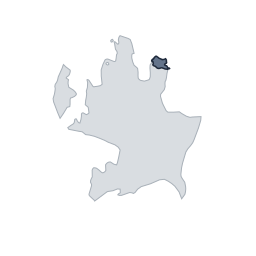 location of Balakan District, Balakən, Azerbaijan, rotated 56°
{"feature_id": "54616110B63924922129682", "entity_name": "Balakan District", "entity_type": "district", "adm_level": 2, "iso_a3": "AZE", "parent_name": "Azerbaijan", "parent_adm1": "Balakən", "projection": "natural_earth1", "projection_center": [46.439, 41.744], "detail": "fine", "context": "in_parent", "style": "filled", "palette": "slate", "viewbox_px": 256, "rotation_deg": 56, "n_neighbors": 0, "source": "geoboundaries", "source_scale": "gbopen_adm2", "svg_char_len": 4368}
<svg xmlns="http://www.w3.org/2000/svg" viewBox="0 0 256 256"><g transform="rotate(56 128 128)"><path d="M169.9,196.5L169.0,196.4L162.5,197.9L161.1,197.4L155.5,190.5L154.3,189.7L151.9,189.4L150.5,188.2L149.3,186.4L148.6,185.0L142.8,181.2L142.0,179.8L141.8,178.6L142.7,177.5L143.7,176.6L146.5,175.6L149.8,174.8L150.8,174.3L151.3,173.2L151.3,171.6L150.8,170.1L146.0,167.2L145.5,165.9L145.3,164.4L145.6,162.8L146.3,161.6L150.2,159.9L152.2,158.1L150.9,156.2L146.7,151.7L141.8,146.8L138.5,146.8L134.7,148.2L128.7,152.4L125.3,154.2L120.9,157.1L116.2,160.4L112.3,163.9L109.8,166.8L105.5,168.1L103.3,170.5L96.0,177.8L94.0,177.7L93.9,174.1L94.0,171.2L93.5,169.6L91.1,167.3L91.1,166.4L91.7,165.7L93.6,166.1L95.9,166.0L97.0,165.1L94.5,162.1L92.3,160.1L90.4,158.8L90.0,158.0L90.0,157.4L90.4,156.7L93.6,155.1L93.9,153.6L93.7,151.9L88.6,149.4L84.8,150.4L81.4,147.6L79.2,145.4L76.5,143.1L74.1,141.9L71.7,139.0L67.7,136.0L65.1,135.1L65.1,134.7L65.6,134.1L66.7,133.7L73.9,133.8L74.8,133.3L75.3,132.0L76.3,130.1L77.4,127.3L77.3,125.0L70.1,121.2L64.8,117.7L61.2,113.1L58.7,108.9L58.8,107.5L59.5,106.2L65.2,102.3L65.6,101.3L65.4,100.6L63.4,98.7L60.9,96.6L60.1,95.1L58.6,94.4L55.6,94.3L50.3,91.8L49.2,91.6L48.9,91.1L49.2,90.6L52.9,89.6L52.9,88.7L51.8,87.6L49.6,86.8L47.7,84.8L47.0,83.0L53.8,77.8L55.9,76.7L60.3,77.7L69.5,81.2L68.9,83.1L69.8,84.2L72.0,85.7L76.0,87.2L79.5,87.9L81.2,87.3L83.9,86.7L87.3,88.4L90.5,90.6L92.1,91.5L92.9,91.8L95.4,91.1L98.3,88.2L99.4,84.8L99.7,83.2L98.0,80.9L94.5,78.5L90.6,76.3L88.1,74.4L86.5,70.7L84.9,70.3L84.5,69.8L84.3,68.5L84.3,66.7L84.9,65.4L86.5,64.8L88.0,64.6L89.5,63.3L91.3,60.7L92.1,59.3L95.4,60.1L95.9,62.4L96.5,62.9L97.9,62.6L100.2,61.6L102.1,62.4L104.5,65.1L107.8,68.0L109.6,69.9L110.3,71.3L112.0,72.6L114.5,74.1L116.5,76.5L118.3,82.1L120.0,83.4L126.4,85.5L128.7,85.9L135.0,86.7L137.2,86.1L140.4,81.3L143.3,76.4L146.0,75.4L150.9,73.0L153.8,70.7L155.0,68.3L157.8,63.7L159.4,61.1L162.3,63.4L167.4,69.6L174.6,79.7L176.4,82.6L177.6,85.9L178.7,90.0L180.3,93.5L187.7,102.5L190.9,105.8L196.0,110.1L197.9,111.1L200.3,111.3L204.7,111.3L208.8,113.0L210.8,114.2L212.9,115.9L214.8,117.9L216.7,123.1L209.6,121.4L202.5,121.7L198.5,122.8L194.6,124.4L190.9,126.5L188.6,130.8L186.8,140.6L184.0,149.8L184.1,154.1L185.4,158.2L185.3,160.1L184.0,160.9L182.4,162.7L180.2,171.1L179.1,172.8L177.7,173.8L177.3,172.8L177.4,170.6L174.3,168.7L172.6,170.9L171.6,175.5L169.3,180.4L169.2,181.3L169.9,196.5ZM64.3,109.8L64.6,108.5L63.7,107.9L62.8,107.9L62.0,108.5L62.0,110.1L63.1,110.4L64.3,109.8ZM40.8,148.1L39.8,146.8L39.3,146.0L42.4,145.4L47.7,143.6L49.1,144.5L50.6,146.3L51.4,147.9L51.5,150.8L52.1,151.3L54.7,150.3L55.8,151.5L57.7,152.9L61.1,154.3L66.0,152.1L68.5,151.6L70.5,151.6L71.5,152.3L71.9,154.6L71.5,157.4L71.0,158.9L72.0,160.1L76.0,162.8L77.7,164.3L76.8,166.9L79.8,173.3L80.8,175.8L82.0,178.9L75.9,177.7L64.8,175.1L61.8,173.7L58.9,170.2L57.2,168.5L54.7,166.3L52.6,165.4L51.1,163.9L50.2,161.6L48.9,159.6L46.6,157.2L41.5,149.0L40.8,148.1ZM47.7,93.5L47.0,93.9L45.9,93.5L45.6,92.5L45.7,91.4L46.8,91.2L47.6,91.5L47.8,92.4L47.7,93.5Z" fill="#d9dde1" stroke="#a8b0b8" stroke-width="1"/><path d="M102.0,60.5L102.0,60.3L101.4,60.3L101.2,60.5L100.7,61.1L100.2,61.4L99.7,61.3L99.2,61.2L98.8,61.1L97.9,61.3L97.6,61.6L97.3,61.8L96.7,62.2L96.2,62.3L95.9,62.2L95.7,61.9L95.5,61.3L95.5,60.8L95.6,60.3L95.7,59.9L95.5,59.5L95.0,59.2L94.9,59.1L94.5,59.0L94.2,59.0L93.8,58.8L93.7,58.6L93.5,58.4L93.2,58.2L92.9,58.2L92.5,58.1L91.8,58.1L91.5,58.2L91.5,58.5L91.5,58.9L91.4,59.3L91.3,59.7L91.2,59.9L91.0,60.4L90.7,60.9L90.6,61.1L90.4,61.5L89.8,61.6L89.5,62.0L89.1,62.2L88.7,62.5L88.3,62.7L87.9,63.0L87.6,63.2L86.8,63.5L86.5,63.5L86.0,63.7L85.3,64.0L84.8,64.1L84.1,64.6L84.1,65.0L84.2,65.6L84.1,66.2L84.3,66.7L84.6,67.2L84.7,67.5L84.7,67.8L84.8,68.1L85.0,68.2L85.0,68.5L85.0,68.9L84.9,69.2L85.0,69.7L85.1,70.1L85.2,70.5L85.4,70.7L85.7,70.9L86.1,70.8L86.3,70.6L86.4,70.4L86.6,70.2L86.9,70.2L87.3,70.4L87.5,70.6L88.0,70.6L88.5,70.8L88.7,71.0L89.0,71.2L89.1,71.5L89.2,71.8L89.3,71.9L89.7,72.1L90.1,72.1L90.6,71.9L91.0,71.7L91.3,71.5L91.7,71.2L91.8,71.1L92.1,70.9L92.6,70.7L93.8,70.6L94.3,70.4L95.1,70.0L95.4,69.7L95.6,69.5L95.9,69.1L96.1,68.7L96.3,68.1L96.5,67.5L96.6,66.9L97.0,66.3L97.3,66.0L97.9,65.6L98.3,65.3L98.8,64.9L99.5,64.5L100.0,64.0L100.3,63.7L100.6,63.3L100.9,62.8L101.4,62.6L101.5,62.0L101.6,61.3L101.7,60.8L102.0,60.5Z" fill="#64748b" stroke="#1e293b" stroke-width="1.5"/></g></svg>